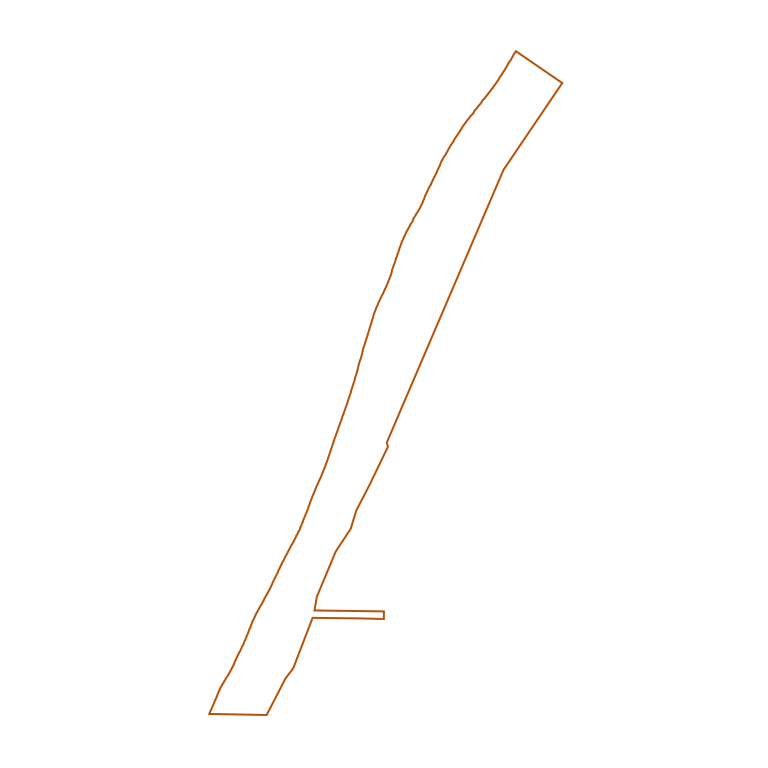 Villa Gesell, Buenos Aires, Argentina, rotated 173°
{"feature_id": "61730980B33740437048301", "entity_name": "Villa Gesell", "entity_type": "district", "adm_level": 2, "iso_a3": "ARG", "parent_name": "Argentina", "parent_adm1": "Buenos Aires", "projection": "natural_earth1", "projection_center": [-57.039, -37.367], "detail": "fine", "context": "isolated", "style": "outline", "palette": "amber", "viewbox_px": 768, "rotation_deg": 173, "n_neighbors": 0, "source": "geoboundaries", "source_scale": "gbopen_adm2", "svg_char_len": 6119}
<svg xmlns="http://www.w3.org/2000/svg" viewBox="0 0 768 768"><g transform="rotate(173 384 384)"><path d="M540.8,69.8L517.6,103.8L510.5,111.1L508.3,113.7L483.4,160.6L437.4,154.4L412.8,150.8L411.8,158.3L480.6,167.7L476.6,181.0L452.4,223.5L434.6,244.5L427.0,261.7L410.7,285.5L387.7,321.3L388.4,325.5L239.3,582.0L170.4,661.0L212.5,698.2L213.4,697.0L214.8,695.6L215.5,694.7L216.1,693.7L218.1,691.0L218.4,690.3L219.9,689.0L220.1,688.6L221.1,687.6L221.2,687.3L221.8,686.7L222.6,685.3L223.1,684.7L224.3,683.1L225.1,682.2L225.5,681.6L226.0,681.1L226.5,680.2L227.5,679.3L228.0,678.5L228.9,677.6L229.4,676.8L230.3,676.0L231.8,674.3L233.4,672.0L234.1,671.3L234.7,670.4L235.7,669.5L237.1,667.7L238.4,666.6L239.4,665.3L239.6,665.2L239.8,664.7L240.6,664.2L241.4,663.4L241.9,662.7L242.6,662.1L242.7,661.9L243.0,661.6L243.3,661.4L243.6,661.0L243.9,660.8L244.2,660.4L245.2,659.6L245.6,658.9L246.2,658.3L246.4,658.2L246.9,657.8L247.3,657.3L247.8,657.0L248.0,656.5L248.9,655.9L249.0,655.6L250.2,654.5L251.0,654.0L252.0,653.0L253.0,651.6L253.7,650.9L254.2,650.3L255.1,649.6L255.3,649.3L255.5,649.3L256.0,648.9L257.0,647.8L257.3,647.3L258.3,646.6L258.9,645.7L259.9,645.1L260.2,644.6L260.8,644.3L261.0,644.0L262.0,642.3L262.4,642.0L262.6,641.6L263.4,641.1L265.6,639.2L267.3,637.3L268.7,636.2L270.3,634.4L270.7,634.1L272.0,632.7L273.4,631.1L274.5,630.1L274.9,629.3L275.6,628.6L276.9,626.8L277.6,626.1L278.0,625.4L278.7,624.8L279.1,624.0L279.7,623.6L279.9,623.2L282.0,621.0L282.6,620.1L283.4,619.5L284.2,618.3L284.9,617.2L285.6,616.3L286.0,615.7L288.2,613.4L289.1,612.1L290.6,610.3L291.5,609.2L292.0,608.2L292.5,607.6L292.8,607.0L294.4,605.1L295.0,603.9L296.3,602.7L297.1,601.8L297.3,601.4L298.1,600.6L298.6,599.5L299.2,599.0L300.0,597.8L300.6,596.8L301.5,594.8L302.6,593.1L302.7,592.8L303.3,592.2L303.8,591.1L304.5,590.2L304.8,589.6L305.5,588.5L305.9,587.6L306.4,586.9L306.8,586.2L308.1,584.4L309.8,581.9L310.8,580.2L312.7,577.3L312.9,576.6L313.2,576.4L313.2,576.2L314.9,574.1L316.2,572.1L317.6,569.8L317.9,569.5L318.0,569.1L318.5,568.5L319.1,567.4L319.9,566.4L320.6,565.1L321.3,563.4L321.6,563.0L322.9,560.8L324.4,558.0L325.9,556.0L326.3,555.1L326.7,554.8L327.1,553.8L327.6,553.3L330.0,550.2L331.3,548.9L331.7,548.1L332.8,546.9L333.2,546.3L333.8,545.7L335.1,543.6L335.7,542.3L336.3,541.4L338.3,539.2L338.6,538.5L339.8,537.0L340.4,535.9L341.0,535.3L341.8,534.0L342.1,533.8L343.4,532.0L343.9,531.0L344.5,530.2L345.1,529.1L345.9,528.0L347.4,525.2L347.9,524.6L349.4,522.1L351.0,518.7L351.7,517.4L352.1,516.9L352.6,515.4L353.0,514.7L354.0,512.5L354.8,511.0L355.1,510.2L355.9,508.7L356.1,508.5L356.3,508.1L356.7,507.7L357.0,506.6L357.5,505.6L357.7,504.9L358.9,502.4L359.4,501.5L359.7,500.9L360.1,500.3L361.0,498.3L362.0,496.4L363.2,492.8L363.5,492.4L364.6,489.9L365.1,489.2L365.4,488.5L366.1,487.1L366.3,486.9L368.2,483.4L368.9,482.4L369.8,480.5L371.2,478.6L371.5,477.9L371.9,477.1L372.4,476.7L373.8,474.0L374.2,473.5L374.8,472.7L375.3,472.1L377.6,468.4L377.8,468.2L378.2,467.4L378.4,467.2L379.5,465.5L381.7,461.5L382.6,460.3L382.9,459.4L384.0,457.5L384.3,456.7L385.2,455.4L387.4,450.0L388.7,447.4L389.8,444.5L390.6,443.0L390.9,442.2L391.5,441.0L391.9,440.0L394.1,435.1L395.3,432.2L396.5,430.1L397.1,428.4L397.6,427.6L398.1,426.3L398.4,425.8L398.9,424.5L399.5,423.4L401.0,419.9L402.2,416.2L402.3,416.1L403.0,414.4L403.8,412.4L404.5,411.0L405.2,409.9L406.1,407.5L407.0,405.7L407.5,403.9L408.0,402.8L408.3,401.7L409.1,400.1L409.7,398.3L410.2,397.4L410.6,396.3L411.6,394.5L412.9,390.9L413.9,389.0L414.9,386.5L415.3,386.0L416.3,383.7L416.9,382.6L417.9,379.8L419.1,377.4L419.5,376.4L420.1,375.4L420.8,373.8L422.2,371.0L422.8,369.3L424.6,366.0L425.7,363.5L427.2,360.8L427.8,359.2L428.3,358.6L429.0,357.1L429.7,356.0L430.3,354.3L431.1,353.0L431.5,351.9L432.1,350.9L432.9,349.2L434.5,346.2L435.1,344.7L435.9,343.3L436.0,342.9L439.8,335.6L440.3,334.3L441.4,332.3L441.6,331.6L443.2,328.3L443.4,327.7L444.8,325.1L446.0,322.3L448.1,318.2L448.1,317.9L448.5,317.1L448.8,316.6L450.3,313.5L451.5,311.6L451.8,310.7L453.0,308.5L453.5,307.3L454.2,306.3L455.4,303.9L456.5,302.3L457.1,300.9L457.9,299.4L459.3,297.5L459.6,296.6L460.4,295.6L461.7,293.2L463.0,291.3L464.8,288.0L465.4,287.1L465.7,286.4L466.2,285.6L466.6,284.7L468.4,281.8L469.7,279.2L471.1,276.9L471.4,276.0L472.0,275.1L472.5,273.8L473.9,271.2L474.4,269.6L475.3,268.5L475.7,267.5L476.2,266.8L476.8,265.2L477.6,264.3L478.1,263.1L479.0,262.0L479.3,261.0L479.6,260.6L479.8,260.0L480.6,259.1L481.3,257.1L482.1,256.2L482.4,255.3L483.0,254.3L483.7,252.9L484.7,251.6L485.6,249.3L487.5,247.3L488.0,245.8L488.6,245.1L489.3,244.5L489.8,243.6L490.1,242.8L490.6,242.2L491.6,240.6L492.4,239.8L493.0,238.4L493.5,237.9L494.3,236.7L495.8,235.0L497.6,232.2L498.6,230.9L499.0,230.2L499.3,229.8L500.3,228.3L500.5,228.0L500.7,227.6L501.4,226.8L502.1,225.7L502.7,225.1L504.8,221.7L505.7,220.6L505.9,220.3L506.7,219.2L507.9,217.3L508.3,216.5L509.1,215.5L509.6,214.4L510.1,213.9L510.6,213.0L511.6,211.6L512.4,209.9L515.7,205.1L516.1,204.2L516.7,203.7L516.9,203.4L517.9,201.6L518.9,200.2L519.2,199.4L520.2,197.9L521.8,195.2L522.7,194.0L524.8,190.9L525.9,189.7L526.6,188.5L527.4,187.5L528.4,185.9L528.9,185.5L529.7,184.0L530.9,182.5L532.2,180.4L533.9,178.5L534.6,177.4L534.7,177.1L535.5,176.2L537.9,172.8L538.4,172.3L540.2,169.4L540.4,168.9L541.2,167.9L542.2,166.1L542.7,165.5L543.7,163.8L544.2,162.6L544.7,162.0L545.2,161.3L546.1,159.1L546.5,158.6L546.6,158.2L547.3,157.4L548.1,155.8L549.7,152.6L550.4,151.5L550.8,150.7L551.5,149.7L551.9,148.4L552.5,148.0L553.2,146.4L554.0,145.4L554.7,143.6L555.1,143.2L555.5,142.4L556.1,141.7L557.2,140.1L558.0,138.6L558.7,137.7L559.5,136.2L560.1,135.6L560.3,135.2L560.7,134.7L561.8,133.0L562.3,132.3L562.7,131.6L563.0,131.3L563.4,130.4L563.8,129.9L565.5,127.0L566.0,126.4L567.0,124.3L567.6,123.6L568.0,122.7L568.3,122.2L568.8,121.8L569.1,121.1L570.8,118.8L571.8,117.2L572.6,116.3L573.2,115.2L574.0,114.5L574.8,113.2L576.2,111.8L577.0,110.9L577.7,109.7L578.4,108.9L579.3,107.8L579.5,107.3L581.3,105.2L582.0,104.1L582.9,103.1L585.5,98.8L585.9,98.0L586.1,97.8L588.9,92.6L591.6,88.2L593.0,85.6L596.2,80.4L596.7,79.4L597.6,77.8L540.8,69.8Z" fill="none" stroke="#b45309" stroke-width="2"/></g></svg>